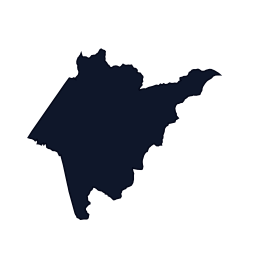 outline of Afrânio, Pernambuco, Brazil, rotated 170°
{"feature_id": "56859067B21944845436039", "entity_name": "Afrânio", "entity_type": "district", "adm_level": 2, "iso_a3": "BRA", "parent_name": "Brazil", "parent_adm1": "Pernambuco", "projection": "albers", "projection_center": [-41.058, -8.6], "detail": "fine", "context": "isolated", "style": "filled", "palette": "ink", "viewbox_px": 256, "rotation_deg": 170, "n_neighbors": 0, "source": "geoboundaries", "source_scale": "gbopen_adm2", "svg_char_len": 3787}
<svg xmlns="http://www.w3.org/2000/svg" viewBox="0 0 256 256"><g transform="rotate(170 128 128)"><path d="M98.0,105.5L98.0,106.9L97.0,108.0L96.7,109.4L96.8,110.8L95.8,111.7L95.2,113.3L95.3,114.4L93.2,118.2L92.5,120.6L92.0,121.5L91.2,122.4L90.2,123.3L88.4,123.9L87.4,125.7L85.8,125.6L80.9,125.9L79.7,128.0L78.1,128.4L76.8,129.0L77.6,130.3L78.4,131.8L78.1,133.8L78.7,135.3L78.7,139.3L77.5,141.6L76.2,143.1L75.0,143.6L73.8,143.6L72.8,143.8L71.9,144.1L70.1,144.0L68.3,145.5L67.8,146.5L66.7,147.1L64.8,147.9L63.5,148.9L61.1,149.1L59.1,149.0L58.0,149.4L56.9,149.0L55.0,148.6L51.5,148.7L50.4,150.5L49.0,152.1L48.3,154.3L47.5,155.8L44.9,158.7L42.8,160.5L41.7,161.2L40.5,161.7L37.7,162.7L36.7,163.3L35.5,164.4L33.4,165.0L32.4,165.1L30.1,164.8L28.1,164.4L29.4,166.0L33.1,169.2L36.1,171.1L37.7,171.4L41.0,171.1L42.8,170.5L44.3,170.6L45.9,171.0L47.8,172.9L48.9,173.6L51.2,173.5L53.3,173.9L54.8,173.7L56.3,172.5L57.9,172.0L59.2,169.8L60.3,168.9L61.7,168.6L64.1,168.9L65.7,168.4L67.8,168.4L68.2,167.2L67.6,165.6L69.7,164.9L71.0,163.7L72.2,163.3L74.1,163.9L75.9,163.9L77.7,164.2L79.3,165.0L80.2,164.6L81.4,164.0L83.8,164.1L85.2,165.3L87.0,164.4L88.5,165.5L90.1,164.2L91.5,164.7L92.8,165.1L96.7,164.4L100.2,164.2L102.3,163.7L103.6,163.2L105.5,163.7L107.1,163.7L108.8,163.5L110.1,163.3L110.4,164.5L109.4,165.9L108.2,166.9L106.8,168.0L107.1,169.6L106.6,170.5L105.6,171.2L105.6,173.7L104.6,175.4L104.6,176.4L105.4,177.5L106.5,179.8L108.3,180.4L109.6,181.3L109.0,183.4L109.9,184.9L110.9,185.5L112.3,185.6L112.6,186.8L113.1,187.7L113.6,189.2L115.5,189.3L116.7,189.7L118.8,189.8L120.2,190.2L121.8,191.5L124.1,189.6L125.8,189.1L128.1,190.7L129.3,191.1L131.5,191.1L133.2,190.2L135.1,190.5L136.1,192.9L136.9,193.4L138.0,196.2L138.6,197.1L139.3,198.3L138.7,200.3L138.7,202.4L137.9,204.1L137.7,205.8L137.2,207.3L137.9,208.3L139.4,209.0L140.8,210.3L141.9,209.8L143.1,208.3L144.3,206.9L145.6,206.4L147.5,205.2L149.0,205.4L151.2,205.4L152.7,204.0L153.6,203.5L154.6,203.4L155.6,203.8L157.0,205.1L158.6,205.5L160.4,205.7L161.0,207.2L161.2,209.6L162.1,208.1L163.2,207.2L163.9,206.3L164.8,205.8L166.2,203.5L166.7,202.3L167.0,200.2L166.3,198.6L166.8,196.4L166.9,194.5L166.5,193.2L166.4,191.9L166.7,190.7L167.2,189.5L167.9,188.5L169.6,187.3L171.1,186.0L171.1,184.9L172.3,185.4L172.6,186.7L174.6,186.1L177.1,187.3L182.9,181.7L190.4,174.1L191.7,172.8L195.1,169.4L195.9,168.6L222.9,141.4L224.2,140.0L227.9,135.9L226.4,135.1L224.2,134.3L222.2,132.7L221.6,131.6L219.8,132.5L219.4,130.9L219.1,129.9L220.0,128.3L219.0,128.1L217.3,127.4L216.3,126.5L215.2,127.5L214.0,127.7L213.7,126.3L213.0,127.0L211.7,127.1L211.1,125.9L211.2,123.1L210.5,122.4L209.5,121.7L208.0,121.2L207.0,120.1L206.0,119.0L204.1,118.6L202.4,117.6L201.2,116.5L200.9,115.1L200.3,112.9L198.7,112.9L197.9,102.9L197.1,81.5L197.0,80.4L196.9,75.9L194.8,53.5L194.4,51.7L193.8,50.7L193.5,48.8L192.2,48.1L190.6,46.4L187.2,46.3L184.2,45.7L183.0,46.4L181.8,49.7L183.5,51.5L183.5,52.9L184.3,54.3L184.2,56.3L182.9,57.6L181.2,58.9L180.2,59.6L178.7,60.0L178.6,61.2L179.9,62.5L180.5,63.6L180.2,66.2L180.3,68.0L177.9,70.0L176.3,72.7L174.3,73.7L172.7,76.0L170.8,75.3L169.1,73.7L168.5,72.7L167.5,71.8L164.3,70.5L163.4,69.3L161.8,68.3L161.7,67.1L160.5,66.7L159.3,66.2L159.1,64.7L157.9,64.0L156.7,62.9L154.7,60.0L153.5,59.9L152.0,60.4L147.6,60.7L146.6,62.1L146.7,63.1L146.8,64.7L145.6,66.2L145.2,67.6L144.0,68.1L142.1,68.7L140.8,68.9L140.0,70.0L136.3,70.7L134.6,71.3L132.9,73.4L131.7,76.5L131.0,80.7L130.5,82.2L130.9,85.0L130.9,86.4L130.2,87.8L128.7,87.0L125.8,85.9L122.1,85.0L121.1,85.2L120.2,87.6L120.3,89.1L120.2,91.3L119.9,93.1L119.4,94.6L118.9,95.5L117.4,98.5L116.0,100.2L114.6,101.4L113.2,101.7L111.5,104.7L110.5,105.6L109.5,106.1L108.4,106.9L105.0,108.3L103.6,106.5L102.7,105.6L101.0,105.3L99.9,105.9L98.0,105.5Z" fill="#0f172a" stroke="#020617" stroke-width="1.5"/></g></svg>